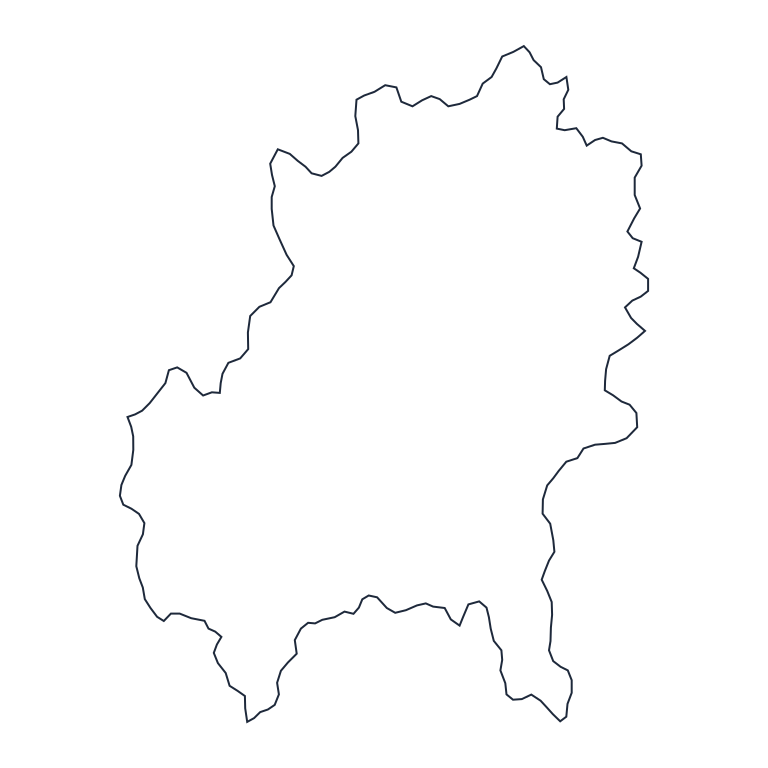 Bonfim, Minas Gerais, Brazil (Equal Earth projection)
{"feature_id": "56859067B54718274054000", "entity_name": "Bonfim", "entity_type": "district", "adm_level": 2, "iso_a3": "BRA", "parent_name": "Brazil", "parent_adm1": "Minas Gerais", "projection": "equal_earth", "projection_center": [-44.212, -20.32], "detail": "fine", "context": "isolated", "style": "outline", "palette": "slate", "viewbox_px": 768, "rotation_deg": 0, "n_neighbors": 0, "source": "geoboundaries", "source_scale": "gbopen_adm2", "svg_char_len": 2947}
<svg xmlns="http://www.w3.org/2000/svg" viewBox="0 0 768 768"><path d="M628.4,344.3L637.2,337.7L645.0,330.9L636.9,323.9L631.1,318.0L625.0,307.4L632.3,300.6L640.8,296.6L648.1,290.9L648.1,278.9L640.4,272.7L633.8,268.3L638.1,256.8L641.6,241.8L632.7,238.2L627.4,231.5L634.2,218.3L640.1,208.5L634.7,195.0L634.7,177.6L641.6,165.7L640.8,154.3L631.3,151.3L622.0,143.4L611.5,141.4L602.9,137.8L595.1,140.0L586.7,145.6L582.8,136.8L576.3,128.2L564.7,130.2L556.8,128.6L557.6,116.7L564.1,108.9L563.7,99.3L568.3,89.8L566.4,77.0L557.6,82.6L549.9,84.2L543.8,79.2L541.0,67.2L533.6,60.1L529.6,52.3L523.8,46.1L513.3,51.9L502.2,56.5L496.4,68.4L491.6,77.0L482.7,83.6L477.0,96.1L469.6,99.7L459.6,103.9L448.3,106.3L439.7,99.1L431.2,96.1L422.1,100.3L412.5,106.3L401.3,101.7L396.4,87.4L385.2,85.2L374.5,91.8L364.2,95.5L356.5,99.7L355.3,116.1L358.0,130.2L358.4,143.4L351.4,151.7L342.6,157.9L335.4,166.7L329.2,171.9L321.6,175.9L311.6,173.3L305.5,166.7L297.8,160.9L289.8,153.9L277.8,149.3L270.2,163.7L272.0,174.9L274.8,186.2L271.7,197.0L271.7,208.9L273.5,225.5L279.6,239.4L286.6,254.8L293.8,266.1L291.6,275.3L285.5,281.9L279.0,288.1L270.5,302.2L259.4,306.8L250.2,316.0L247.9,332.5L248.2,349.1L240.2,358.4L228.4,362.8L222.5,373.8L220.7,383.1L219.8,392.9L211.9,392.3L203.1,395.5L194.3,387.7L186.5,372.8L177.2,367.4L168.9,370.2L165.4,383.1L157.7,392.9L149.7,403.1L142.1,410.7L135.1,414.4L127.5,417.0L131.2,426.8L133.2,436.4L133.3,449.9L131.4,464.9L125.2,475.8L121.4,485.0L119.9,495.8L123.3,504.7L131.4,508.7L139.0,513.9L144.4,523.1L142.9,534.3L137.5,545.8L136.3,566.2L139.3,578.3L142.8,587.5L144.8,599.1L150.5,608.0L157.1,616.8L163.8,621.0L170.9,613.6L179.7,613.6L191.2,618.2L204.5,620.8L208.5,628.6L215.2,631.6L221.4,636.9L216.9,644.5L213.8,652.9L217.9,663.1L225.7,673.0L229.6,685.8L237.5,690.8L244.9,696.0L245.2,708.3L247.2,721.9L254.1,718.1L260.2,712.1L267.9,709.5L274.7,704.9L278.9,694.4L277.1,682.8L280.9,670.8L287.9,662.5L296.7,653.7L294.8,640.1L300.9,628.6L308.1,622.8L315.1,623.4L322.3,619.8L334.7,617.2L344.5,611.6L353.5,613.8L358.9,607.6L362.3,599.3L368.7,595.5L377.1,597.3L386.8,608.0L395.2,612.8L405.9,610.2L417.0,605.4L425.8,603.4L433.1,606.6L444.7,608.0L450.8,619.4L459.6,625.6L463.0,617.2L468.4,604.4L479.2,601.4L486.5,607.6L488.9,617.2L490.7,628.6L493.8,640.9L501.4,650.3L502.2,659.9L500.4,670.4L505.3,683.2L506.5,694.4L513.0,699.7L521.8,699.1L531.3,694.6L540.6,700.7L546.7,707.3L552.8,714.1L560.2,721.3L566.3,716.7L567.5,703.9L571.7,692.8L571.7,680.2L567.8,670.4L560.6,666.8L553.2,661.1L549.0,650.3L550.5,641.1L550.9,627.6L552.1,614.8L551.7,602.0L547.2,590.9L541.7,579.7L544.8,571.1L549.0,560.6L554.4,551.8L553.3,540.2L550.2,523.7L542.6,513.7L542.9,499.4L547.2,485.4L553.3,478.2L558.7,470.9L566.3,461.7L577.4,458.1L583.5,448.5L595.0,444.7L604.8,443.9L615.1,442.9L626.6,438.2L637.2,427.2L636.4,413.0L629.6,404.7L621.5,401.5L613.1,395.3L604.8,390.3L605.1,380.8L606.1,369.2L609.7,355.8L618.5,350.5L628.4,344.3Z" fill="none" stroke="#1e293b" stroke-width="2"/></svg>